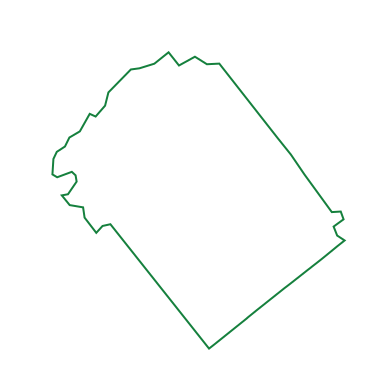 the district of Wayne, Tennessee, United States of America, rotated 321°
{"feature_id": "52423323B60565520400225", "entity_name": "Wayne", "entity_type": "district", "adm_level": 2, "iso_a3": "USA", "parent_name": "United States of America", "parent_adm1": "Tennessee", "projection": "robinson", "projection_center": [-87.803, 35.248], "detail": "fine", "context": "isolated", "style": "outline", "palette": "green", "viewbox_px": 384, "rotation_deg": 321, "n_neighbors": 0, "source": "geoboundaries", "source_scale": "gbopen_adm2", "svg_char_len": 837}
<svg xmlns="http://www.w3.org/2000/svg" viewBox="0 0 384 384"><g transform="rotate(321 192 192)"><path d="M294.0,109.4L284.0,102.1L279.4,88.7L261.5,85.5L261.7,68.7L243.5,68.6L229.0,62.8L221.6,58.3L189.7,62.0L178.8,70.2L164.6,72.7L161.7,66.9L143.0,74.3L131.0,72.5L121.9,76.7L112.2,75.7L105.1,79.1L94.6,90.5L96.5,95.7L111.3,100.7L112.0,105.8L108.9,111.3L94.2,115.7L88.7,112.7L88.7,125.2L97.7,135.4L92.4,144.3L91.9,163.5L101.1,162.1L108.3,165.7L106.7,324.4L111.9,324.5L133.2,324.6L155.7,324.7L155.8,324.6L158.1,324.6L166.8,324.6L167.6,324.6L203.4,324.9L206.2,325.0L210.2,325.1L232.8,325.4L236.1,325.5L236.9,325.5L238.6,325.5L250.2,325.7L253.5,325.7L271.4,325.6L280.1,325.7L277.4,317.2L280.3,308.0L292.6,308.6L295.3,300.8L288.0,295.6L290.4,249.3L292.4,225.2L292.5,204.3L294.0,109.4Z" fill="none" stroke="#15803d" stroke-width="2"/></g></svg>